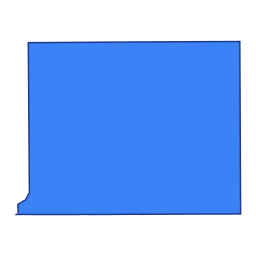 outline of St. Joseph, Michigan, United States of America
{"feature_id": "52423323B59966330361509", "entity_name": "St. Joseph", "entity_type": "district", "adm_level": 2, "iso_a3": "USA", "parent_name": "United States of America", "parent_adm1": "Michigan", "projection": "robinson", "projection_center": [-85.583, 41.915], "detail": "fine", "context": "isolated", "style": "filled", "palette": "blue", "viewbox_px": 256, "rotation_deg": 0, "n_neighbors": 0, "source": "geoboundaries", "source_scale": "gbopen_adm2", "svg_char_len": 504}
<svg xmlns="http://www.w3.org/2000/svg" viewBox="0 0 256 256"><path d="M28.3,42.7L29.4,192.5L25.5,199.9L17.8,204.4L18.3,214.2L15.4,214.5L22.7,214.4L23.2,214.4L33.8,214.5L34.0,214.5L45.5,214.5L74.7,214.5L78.8,214.5L80.2,214.4L86.9,214.4L90.4,214.5L91.5,214.5L98.0,214.4L98.3,214.5L138.6,214.2L139.6,214.3L177.3,214.1L179.5,214.1L201.4,214.0L214.5,214.0L223.3,214.0L228.9,214.0L233.4,213.9L237.8,213.9L240.6,214.0L239.8,41.5L133.6,42.0L28.3,42.7Z" fill="#3b82f6" stroke="#1e3a8a" stroke-width="1.5"/></svg>